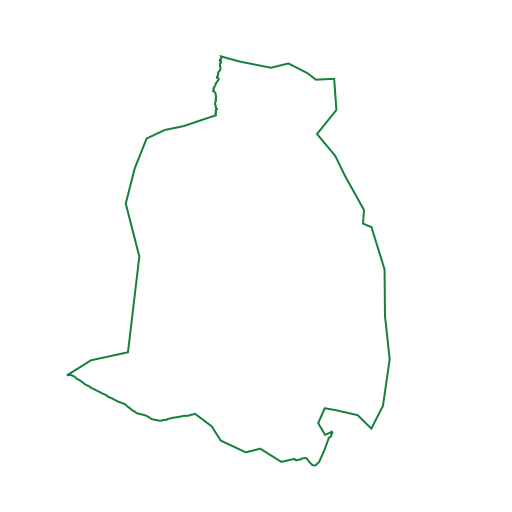 Altanbulag, Töv, Mongolia (Natural Earth projection), rotated 103°
{"feature_id": "93677404B27653771578089", "entity_name": "Altanbulag", "entity_type": "district", "adm_level": 2, "iso_a3": "MNG", "parent_name": "Mongolia", "parent_adm1": "Töv", "projection": "natural_earth1", "projection_center": [106.111, 47.461], "detail": "fine", "context": "isolated", "style": "outline", "palette": "green", "viewbox_px": 512, "rotation_deg": 103, "n_neighbors": 0, "source": "geoboundaries", "source_scale": "gbopen_adm2", "svg_char_len": 4527}
<svg xmlns="http://www.w3.org/2000/svg" viewBox="0 0 512 512"><g transform="rotate(103 256 256)"><path d="M398.2,104.8L373.5,98.6L326.6,102.5L285.2,116.9L240.2,127.7L201.9,150.0L200.4,159.0L186.9,161.1L158.4,186.9L140.6,201.3L123.4,224.0L95.6,210.5L65.8,219.7L70.7,237.3L66.3,247.0L61.1,267.7L69.2,283.8L70.2,315.3L69.4,335.2L70.0,334.9L70.4,334.5L70.7,334.5L70.9,334.4L71.2,334.4L71.5,334.4L71.8,334.4L72.1,334.5L72.2,334.9L72.4,335.1L72.6,335.1L72.8,335.2L73.8,335.3L74.0,335.2L74.1,334.6L74.1,334.2L74.3,333.8L74.6,333.7L75.0,333.7L75.3,333.8L75.6,333.8L76.0,333.8L76.4,334.2L76.7,334.4L77.0,334.4L77.3,334.3L77.6,334.2L77.8,334.1L78.1,334.0L78.3,334.0L78.5,333.8L78.8,333.8L79.1,333.7L79.4,333.7L79.6,333.5L80.1,333.2L81.1,332.9L81.9,332.8L82.7,332.7L83.5,333.0L84.0,333.2L84.5,333.6L85.2,333.9L85.7,334.1L86.1,334.2L86.5,334.1L86.9,334.0L87.2,333.9L87.6,333.8L88.0,333.7L88.5,333.6L88.8,333.6L89.0,333.7L89.1,333.9L89.4,334.1L89.6,334.2L90.0,334.3L90.7,334.4L91.0,334.3L91.2,334.0L91.2,333.1L91.2,332.7L91.4,332.4L91.7,332.2L92.1,332.1L92.4,332.1L92.8,332.2L93.3,332.3L93.7,332.6L94.1,332.8L94.6,333.1L95.1,333.2L95.6,333.4L96.2,333.6L96.5,333.8L97.0,334.1L97.4,334.1L97.8,333.9L98.3,333.9L98.8,334.0L99.1,334.1L99.6,334.4L100.1,334.5L100.4,334.4L100.9,334.6L101.3,334.9L101.5,335.0L101.8,335.2L102.2,335.2L102.4,334.8L102.8,334.5L103.2,334.5L103.6,334.7L104.1,334.9L104.5,335.0L104.8,335.0L105.0,334.5L105.2,334.1L105.3,333.6L105.5,333.2L106.0,332.6L106.6,332.1L107.2,331.8L108.4,331.4L109.2,331.0L109.8,330.8L110.2,330.5L110.6,330.4L111.0,330.4L111.3,330.7L111.7,330.8L112.0,330.8L112.4,330.4L112.8,330.0L113.1,329.9L113.4,330.0L113.8,330.1L114.3,330.1L114.8,330.1L115.4,330.2L116.1,330.2L116.6,330.2L117.2,330.2L117.5,329.9L117.9,329.5L118.3,329.3L118.8,329.0L119.3,328.8L119.9,328.8L120.3,328.6L120.8,328.3L121.0,328.1L121.0,327.7L121.2,327.4L121.3,327.2L121.5,327.1L121.8,327.1L122.0,327.2L122.1,327.3L122.3,327.4L122.5,327.7L122.8,328.0L123.0,328.1L123.5,328.0L123.9,327.8L124.2,327.7L124.5,327.4L125.0,327.2L125.3,327.2L125.7,327.4L125.9,327.6L126.2,327.6L126.4,327.5L126.7,327.4L126.9,327.1L127.2,327.0L127.3,326.9L127.6,326.8L127.9,326.7L134.5,337.6L145.8,355.9L153.7,373.2L166.1,389.0L198.0,393.9L234.2,394.7L282.7,369.6L307.1,366.9L378.6,359.1L394.7,393.3L414.8,413.4L413.9,410.9L413.7,410.4L413.6,409.8L413.7,408.8L413.9,408.1L414.1,407.3L414.2,406.5L414.4,405.7L414.9,404.7L415.7,403.4L416.2,402.2L416.4,401.3L416.5,400.4L416.7,399.8L416.9,399.2L417.3,398.6L417.8,397.4L418.2,396.3L418.7,395.4L419.1,394.6L419.4,393.8L419.7,393.0L419.9,392.3L420.1,391.4L420.3,390.3L420.6,389.1L420.9,388.4L421.3,387.5L421.6,386.4L422.0,385.3L422.2,384.4L422.3,383.5L422.4,382.8L422.8,381.7L422.9,381.2L423.0,380.4L423.2,379.8L423.5,378.6L423.9,376.9L424.4,375.0L424.7,374.1L424.9,372.7L425.1,371.3L425.2,370.7L425.4,370.3L425.9,369.7L426.2,369.3L426.2,368.6L426.5,367.7L426.8,366.1L427.1,364.4L427.4,363.3L427.7,362.4L428.1,360.8L428.3,359.7L428.6,358.9L428.7,358.1L428.9,357.4L429.1,356.6L429.2,355.6L429.3,354.9L429.3,354.1L429.4,353.2L429.5,352.7L429.7,352.0L429.8,351.2L430.0,350.1L430.2,349.5L430.5,348.9L431.0,348.4L431.5,347.5L431.8,346.8L432.4,345.4L432.7,344.5L433.4,343.3L434.1,342.0L434.3,341.3L434.5,340.7L434.7,340.0L434.9,339.0L435.7,337.5L436.0,336.7L436.1,336.1L436.1,334.8L436.1,333.5L436.1,332.6L436.1,330.9L436.1,329.8L436.1,329.1L436.2,328.5L436.3,327.8L436.4,326.9L436.9,325.1L437.2,323.8L437.7,322.9L438.3,321.4L438.4,320.1L438.3,318.7L438.4,317.6L438.3,316.0L438.2,313.4L437.9,311.7L437.8,311.2L437.1,310.0L436.5,309.3L436.3,308.4L435.9,307.0L435.7,306.3L434.6,305.2L434.1,304.2L433.7,303.2L432.6,301.1L432.1,300.1L432.0,299.4L431.6,298.8L431.3,297.7L430.5,295.9L429.9,294.6L429.6,293.8L428.0,290.4L427.7,289.5L427.7,288.6L427.4,287.4L426.8,286.4L426.6,285.5L425.9,284.4L425.3,283.6L424.8,282.3L424.2,280.9L423.5,279.8L431.9,260.9L443.8,248.8L449.6,221.8L442.8,208.5L450.9,185.1L445.1,173.0L445.5,172.4L446.0,171.4L446.1,170.8L445.7,170.1L445.2,169.3L444.9,168.6L444.5,167.5L443.9,166.5L443.2,165.8L442.7,165.2L442.0,163.1L441.7,161.9L441.7,161.2L442.3,160.7L443.0,159.8L443.6,158.8L444.4,158.1L446.2,155.4L446.9,154.1L447.1,153.0L447.1,152.2L446.6,151.0L446.5,150.8L442.5,148.2L430.0,145.7L422.5,144.8L416.8,144.1L416.0,143.3L414.8,142.2L414.0,142.3L413.5,142.4L413.2,142.5L412.4,142.6L411.5,141.7L411.1,141.9L410.1,142.6L411.7,144.6L414.5,148.1L414.7,148.4L406.6,156.2L404.8,157.8L388.9,154.8L388.3,144.2L388.2,121.2L398.2,104.8L398.2,104.8Z" fill="none" stroke="#15803d" stroke-width="2"/></g></svg>